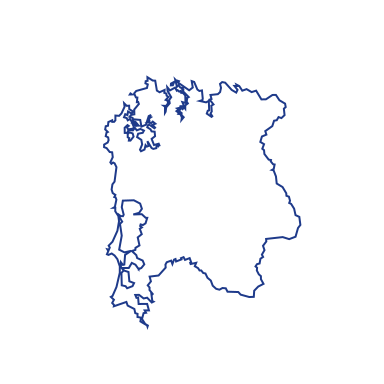 outline of Central Coast (NSW), New South Wales, Australia, rotated 150°
{"feature_id": "25037944B67888909972324", "entity_name": "Central Coast (NSW)", "entity_type": "district", "adm_level": 2, "iso_a3": "AUS", "parent_name": "Australia", "parent_adm1": "New South Wales", "projection": "albers", "projection_center": [151.338, -33.307], "detail": "fine", "context": "isolated", "style": "outline", "palette": "blue", "viewbox_px": 384, "rotation_deg": 150, "n_neighbors": 0, "source": "geoboundaries", "source_scale": "gbopen_adm2", "svg_char_len": 6124}
<svg xmlns="http://www.w3.org/2000/svg" viewBox="0 0 384 384"><g transform="rotate(150 192 192)"><path d="M276.9,122.5L277.8,128.4L276.5,130.5L277.0,133.3L272.3,135.1L271.0,139.9L262.7,136.4L252.6,139.7L251.3,142.4L249.0,143.8L244.4,143.0L245.0,139.4L241.4,142.4L239.8,142.2L240.5,139.8L234.8,138.9L234.6,140.2L231.9,139.8L232.0,136.7L227.1,135.9L227.9,131.3L229.0,131.5L229.2,130.3L223.8,128.6L226.7,126.3L224.8,123.0L224.7,120.3L223.2,119.4L222.8,116.3L221.1,114.7L221.5,110.0L220.0,105.9L220.9,100.5L219.5,96.1L217.1,93.7L213.6,93.6L210.9,91.7L211.1,87.9L201.9,82.2L201.2,78.8L194.9,72.4L190.9,70.3L187.5,75.4L181.9,77.0L176.0,76.7L175.9,82.0L174.4,84.7L175.3,87.3L175.1,91.6L173.5,93.9L174.2,95.8L171.8,97.0L169.2,96.3L166.1,100.0L162.9,100.2L162.8,102.8L158.3,105.4L157.4,109.9L152.4,112.0L151.3,114.3L136.0,107.6L131.4,102.6L124.7,101.5L118.2,107.8L114.6,109.3L111.5,116.8L113.9,120.2L111.9,126.5L112.1,132.1L113.3,133.9L111.5,135.4L110.4,139.5L112.1,141.5L111.0,143.8L111.1,151.0L114.4,157.0L111.5,163.5L110.5,170.0L111.7,171.1L109.7,171.1L106.7,174.5L107.9,175.5L108.5,179.2L107.6,180.2L109.4,181.7L110.3,188.7L108.7,192.2L109.5,194.3L105.7,197.4L107.8,201.2L103.7,205.1L98.9,204.5L98.1,208.1L89.5,208.9L85.3,212.7L82.7,211.8L79.6,213.6L77.6,211.3L73.4,212.3L70.8,218.2L68.4,218.7L67.2,222.0L70.4,227.7L70.8,234.1L73.8,235.8L81.6,235.3L85.6,237.5L85.8,247.7L90.4,248.7L93.3,253.8L97.8,254.6L98.1,260.1L99.8,262.8L100.0,261.3L102.2,262.6L101.5,257.7L104.0,256.0L106.6,260.6L108.6,270.1L110.9,272.1L113.7,271.6L114.8,267.7L117.7,264.5L120.7,263.8L127.5,266.8L128.6,262.8L130.5,263.2L129.6,257.1L132.1,257.1L134.6,251.9L136.7,250.7L136.5,247.5L137.5,247.3L140.0,252.5L137.7,254.5L136.3,254.1L131.9,262.5L135.0,262.6L139.8,267.0L137.0,266.4L136.0,267.5L132.6,275.0L135.1,275.8L136.1,278.1L135.1,286.2L136.8,288.2L139.1,282.1L143.6,281.5L149.4,293.8L147.9,294.5L148.7,295.4L149.4,294.2L150.3,297.8L152.4,290.7L150.3,291.3L149.9,288.3L148.1,286.7L149.0,286.8L148.4,284.7L149.5,284.1L147.4,275.9L148.9,276.0L151.4,273.0L151.3,270.8L154.5,270.4L156.2,267.5L156.4,269.1L158.6,268.5L158.7,270.1L162.9,268.7L161.5,265.6L162.6,263.8L161.8,260.9L165.0,259.7L163.5,261.6L163.1,265.1L164.8,266.5L163.8,267.0L165.0,269.8L162.2,270.2L163.0,271.8L160.2,271.0L159.1,272.1L156.0,270.2L155.4,274.7L153.1,272.4L149.6,278.9L150.3,282.3L151.8,283.3L151.1,285.2L152.9,285.3L153.5,287.4L154.5,287.3L154.5,290.9L160.3,291.0L161.0,295.2L162.6,291.8L162.6,284.5L165.8,283.1L166.9,280.0L172.0,278.2L174.7,274.7L175.8,274.1L172.7,279.4L173.3,280.7L171.4,279.5L168.2,280.9L167.6,283.7L168.7,284.9L164.9,286.1L165.8,288.2L165.0,290.1L166.4,291.7L164.7,294.1L170.2,294.6L171.7,297.4L168.2,306.8L170.3,308.2L173.2,313.7L174.9,310.5L176.7,311.1L178.0,309.4L176.5,307.3L179.0,304.6L189.8,307.4L192.8,306.3L193.3,302.0L192.1,301.1L194.8,297.4L193.6,296.9L194.0,294.8L200.8,292.3L203.1,288.1L206.2,289.2L208.5,288.3L206.4,285.9L206.7,284.5L200.8,280.3L203.1,273.9L198.3,273.3L191.5,279.4L188.9,279.2L191.3,278.5L190.2,277.3L192.7,277.1L193.3,274.8L196.0,274.7L192.8,272.1L190.8,272.6L189.6,269.5L192.6,269.9L191.8,266.2L192.7,266.0L195.2,271.4L196.7,271.9L198.4,270.4L196.6,267.1L196.7,264.7L194.2,262.9L196.1,258.8L200.4,258.2L201.4,251.7L196.7,250.5L196.9,248.9L199.4,250.1L198.5,249.3L197.9,247.7L199.6,249.7L201.0,247.8L204.0,248.7L205.0,250.3L205.2,258.3L206.5,253.6L208.5,253.9L208.8,255.8L211.9,252.5L215.8,252.8L215.9,254.6L211.4,258.1L209.8,262.5L212.1,267.0L209.5,269.4L205.1,267.9L202.9,269.2L205.2,272.4L209.0,273.0L209.4,276.0L212.4,274.9L216.0,277.4L217.6,276.3L214.1,272.4L214.9,269.2L219.6,267.3L221.0,268.1L219.4,270.1L220.3,271.5L218.8,274.2L217.2,274.7L220.7,276.8L218.2,281.3L214.4,282.2L213.8,280.9L216.0,280.7L216.0,278.2L211.6,276.4L209.9,277.1L209.3,281.7L207.5,277.6L206.3,278.6L207.2,277.3L204.9,276.1L205.8,279.2L207.3,279.8L205.6,279.4L206.0,281.1L207.7,281.3L206.6,280.7L207.5,280.2L209.2,281.8L207.1,282.5L207.2,283.7L209.1,284.3L209.3,286.3L211.8,286.2L211.6,288.7L213.5,290.7L210.9,292.8L209.5,290.9L207.1,293.7L205.1,290.1L202.9,291.4L204.9,295.1L203.3,298.2L205.5,299.3L206.4,302.8L207.8,299.5L213.8,295.3L217.0,294.4L220.1,296.5L222.5,292.4L224.3,291.7L226.0,292.6L225.3,294.0L229.5,294.4L231.6,291.4L233.8,292.1L235.9,289.6L234.9,286.1L236.3,286.2L238.8,283.5L237.3,281.2L238.3,278.6L240.3,277.0L244.4,277.0L245.7,274.8L244.0,272.7L243.3,267.8L241.3,266.3L243.2,261.8L247.9,258.5L247.7,256.7L245.6,257.0L244.7,255.5L245.0,251.3L253.9,239.7L257.1,238.4L260.4,234.3L261.2,230.7L259.8,227.8L261.8,226.5L260.9,225.5L261.3,223.2L266.3,217.6L267.9,217.6L266.3,216.7L268.1,213.7L267.9,209.6L267.1,209.8L265.8,206.8L263.9,205.6L262.5,206.5L260.4,214.0L256.2,219.1L246.5,213.9L242.7,207.9L243.8,202.5L248.2,200.4L254.1,201.9L246.6,197.9L245.0,192.8L243.7,192.0L247.9,188.1L251.0,187.9L252.7,189.6L253.9,188.5L253.1,186.4L255.6,186.3L256.6,180.6L261.7,179.8L264.2,172.0L268.9,171.9L270.0,170.2L273.6,171.0L271.8,165.2L272.5,162.2L269.0,157.3L269.5,153.2L273.9,151.5L276.5,151.8L276.1,152.3L276.0,153.0L276.8,151.9L277.3,157.3L279.6,160.7L284.7,157.8L290.1,160.9L290.2,158.0L287.0,154.5L290.9,146.0L287.7,142.1L290.6,140.2L296.3,141.1L296.6,143.6L299.5,146.3L293.6,157.2L290.4,158.2L291.1,162.6L288.7,166.6L288.3,163.4L286.9,163.0L281.4,171.0L274.2,171.5L280.7,173.5L283.9,178.5L274.7,189.3L270.3,200.4L267.3,201.2L267.4,209.0L269.8,203.2L276.0,195.7L285.7,188.7L291.0,187.2L291.0,185.0L296.8,180.6L295.8,179.3L292.3,178.9L290.8,175.7L290.2,171.2L291.7,163.7L294.9,158.2L304.9,147.5L312.8,141.7L314.7,141.7L313.5,137.7L316.6,135.8L316.0,133.0L316.8,132.1L303.8,129.6L304.5,125.8L300.4,119.5L301.7,115.5L300.1,113.7L301.7,111.0L299.0,108.7L301.4,105.7L297.6,98.9L297.9,97.6L297.0,98.4L298.5,101.1L298.8,107.0L294.5,111.3L292.2,110.4L292.2,113.1L288.5,111.0L286.8,117.5L294.2,121.7L291.4,127.6L293.0,128.1L292.6,131.2L289.3,129.4L287.1,124.0L283.7,122.9L282.1,116.4L280.2,116.3L280.9,117.4L278.0,124.4L276.9,122.5ZM152.3,296.3L156.0,296.4L157.0,294.9L155.2,294.0L152.3,296.3ZM195.2,306.5L196.0,308.1L197.1,307.5L195.2,306.5ZM294.0,184.7L294.0,183.9L293.5,184.2L294.0,184.7Z" fill="none" stroke="#1e3a8a" stroke-width="2"/></g></svg>